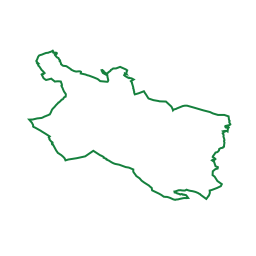 Åmli nor, Aust-Agder, Norway (Natural Earth projection), rotated 191°
{"feature_id": "86288312B47311775566626", "entity_name": "Åmli nor", "entity_type": "district", "adm_level": 2, "iso_a3": "NOR", "parent_name": "Norway", "parent_adm1": "Aust-Agder", "projection": "natural_earth1", "projection_center": [8.405, 58.8], "detail": "fine", "context": "isolated", "style": "outline", "palette": "green", "viewbox_px": 256, "rotation_deg": 191, "n_neighbors": 0, "source": "geoboundaries", "source_scale": "gbopen_adm2", "svg_char_len": 5737}
<svg xmlns="http://www.w3.org/2000/svg" viewBox="0 0 256 256"><g transform="rotate(191 128 128)"><path d="M230.8,176.3L230.4,175.8L230.1,175.7L229.5,175.0L228.4,174.3L229.3,174.0L228.3,173.1L228.1,172.5L227.8,172.0L227.1,171.7L226.2,170.9L223.9,168.5L222.6,167.7L221.0,166.5L220.5,166.1L221.3,165.6L221.1,165.1L221.4,164.8L221.7,164.6L222.5,164.6L223.0,164.1L220.8,161.3L220.5,160.9L219.3,160.2L217.6,159.5L215.6,160.4L212.7,161.8L211.4,161.0L210.7,160.7L208.6,159.6L207.9,159.9L205.7,160.5L203.3,160.8L202.8,160.8L202.6,160.4L202.5,160.2L201.3,158.3L201.3,158.1L201.0,157.4L201.4,156.7L201.0,156.3L200.9,156.0L199.6,154.4L199.4,153.9L197.8,151.6L195.6,149.5L195.4,149.0L195.2,146.9L195.6,146.7L196.8,145.6L197.1,144.4L197.3,144.1L197.8,143.5L198.5,143.2L199.7,141.2L200.1,140.8L200.6,140.0L201.2,139.7L201.5,139.0L203.1,136.6L204.0,134.9L205.7,132.3L206.2,131.1L206.7,128.6L207.4,126.4L208.4,125.8L208.8,125.4L210.3,124.5L211.1,123.9L212.2,123.3L213.1,122.5L214.7,121.4L217.9,120.4L218.9,120.1L223.3,118.1L226.6,117.4L223.3,114.8L221.8,112.9L221.6,112.4L221.4,111.3L220.9,111.0L219.4,110.7L213.0,108.6L212.4,108.3L207.8,106.6L203.3,104.8L203.9,104.1L204.0,103.6L203.1,102.8L203.1,102.1L202.7,101.6L202.0,101.0L200.4,99.8L199.8,99.7L199.3,99.4L199.1,98.8L199.7,98.3L199.4,97.5L198.8,97.2L198.2,97.1L194.2,92.2L192.9,91.0L192.2,90.2L191.0,89.8L190.5,89.5L188.4,88.7L186.0,87.3L184.4,86.1L183.2,84.3L180.5,85.7L172.5,88.6L164.6,92.0L157.7,99.0L150.0,95.9L148.8,95.7L146.7,95.0L146.4,94.9L146.1,94.5L146.1,94.1L145.4,94.0L145.1,94.0L144.3,93.7L143.3,93.6L143.1,93.4L143.2,93.0L143.1,92.9L140.7,92.4L137.6,91.2L135.6,90.6L133.7,90.3L129.6,90.3L122.8,89.2L120.0,89.3L119.1,89.2L114.9,88.3L114.9,87.8L114.6,86.9L114.5,86.5L114.5,86.2L114.3,85.9L113.6,85.2L111.4,83.2L110.8,82.5L108.8,81.6L107.0,80.8L104.6,78.9L101.6,77.5L96.2,75.4L95.8,75.0L93.3,73.7L92.5,71.5L92.4,71.4L85.1,69.5L82.4,68.6L79.8,67.4L77.5,67.6L76.8,67.8L75.2,67.7L73.2,67.4L69.9,66.6L67.9,66.5L67.3,66.9L65.2,67.5L63.6,68.3L60.3,69.7L58.9,70.1L57.4,70.3L55.6,70.8L58.1,73.1L58.8,73.2L59.4,73.1L59.8,73.3L60.2,73.2L61.0,73.0L61.3,73.0L61.4,73.3L62.7,73.4L63.0,73.3L63.6,72.8L64.3,72.7L64.5,72.8L64.4,72.9L64.5,73.0L65.5,73.0L66.5,73.2L67.1,73.1L67.3,73.3L68.9,73.6L69.4,73.7L69.9,73.6L70.3,74.5L69.4,74.8L66.5,76.5L64.5,77.0L63.2,77.0L61.0,77.3L60.2,77.5L59.6,77.9L58.8,78.6L56.8,78.3L55.2,78.2L52.6,78.3L50.7,78.2L49.4,78.1L46.6,77.5L45.5,77.0L44.5,76.8L44.0,76.3L37.6,73.3L36.5,75.6L36.3,76.3L35.7,77.0L35.3,79.6L35.3,80.1L35.9,82.2L34.2,83.0L31.6,84.6L28.9,86.3L28.4,86.7L25.8,88.6L25.2,90.8L30.1,93.0L33.7,96.8L36.0,97.9L36.5,101.7L34.4,104.3L32.3,105.3L32.3,106.7L34.8,107.2L37.1,111.3L39.4,112.3L38.7,113.0L37.8,113.1L37.0,113.2L36.3,114.2L37.3,114.9L39.3,115.7L39.3,116.2L39.2,116.5L37.9,119.3L37.4,120.6L35.7,121.4L35.0,122.3L34.4,123.4L34.5,124.7L33.2,125.9L31.2,126.7L30.8,127.7L30.2,128.0L30.4,129.4L30.5,130.9L30.5,132.0L30.8,132.5L31.3,133.5L31.0,134.4L31.6,135.9L32.7,137.8L32.7,138.8L32.8,139.4L33.9,140.7L33.5,140.9L33.6,141.5L33.4,141.7L33.4,142.2L33.1,142.4L33.7,142.5L33.8,142.7L33.8,142.9L34.0,143.0L33.6,143.2L32.8,143.2L32.6,143.5L32.4,143.6L31.2,143.8L30.9,143.9L30.3,143.9L29.6,143.6L29.8,146.7L29.0,146.7L29.2,146.8L29.3,147.2L29.3,147.6L29.2,147.7L29.5,148.0L29.7,147.9L30.0,147.5L30.4,147.3L30.9,147.3L31.4,147.1L31.9,147.1L32.3,147.3L32.4,147.5L32.7,147.8L32.9,148.3L32.8,148.5L32.7,148.6L28.9,150.3L28.2,151.0L28.3,151.3L29.3,152.4L29.8,153.2L29.6,153.8L29.6,154.4L30.2,155.0L30.5,155.5L31.5,158.6L36.0,159.2L42.2,158.0L47.4,158.5L50.5,159.3L57.5,159.7L67.1,160.6L74.4,161.2L76.4,160.8L78.4,160.0L83.5,156.7L84.5,155.9L86.4,155.0L86.7,154.7L87.2,153.9L87.9,155.2L89.1,156.8L89.5,157.3L95.8,161.2L102.1,160.2L103.4,160.3L108.4,160.2L113.5,160.9L114.4,161.8L116.9,164.5L117.1,164.7L117.8,165.3L119.4,167.1L124.2,164.1L127.7,162.3L128.2,163.0L128.8,164.2L128.8,164.7L129.4,165.8L129.7,166.5L129.7,166.9L130.5,168.0L130.4,168.2L130.4,168.3L130.9,169.5L132.1,171.7L132.1,171.9L132.6,172.5L132.8,173.4L134.1,174.5L131.7,176.7L133.9,177.4L135.9,177.4L136.4,177.2L136.7,177.6L137.4,177.4L138.1,177.5L138.4,177.6L138.8,177.9L139.8,178.1L140.5,178.5L140.8,178.5L141.8,179.1L141.7,179.3L141.7,179.8L141.4,180.2L141.3,180.3L141.3,180.5L141.4,180.9L140.7,180.7L139.7,180.6L139.9,180.8L139.9,181.1L140.1,181.4L140.1,181.9L140.0,182.2L140.1,182.8L140.1,183.0L139.9,183.5L140.1,184.1L139.9,184.5L141.3,185.1L147.4,186.5L151.1,184.2L153.9,183.6L154.0,183.4L154.5,183.0L155.2,182.2L155.8,181.8L156.1,181.0L156.2,180.7L158.0,178.8L158.3,178.2L158.8,177.4L159.0,177.3L159.4,177.3L160.7,177.9L161.3,178.0L161.8,178.2L162.6,178.9L162.9,179.2L163.0,179.4L163.4,179.5L163.9,179.8L164.2,179.9L164.3,180.0L165.0,179.7L164.9,179.5L164.8,179.3L164.6,179.3L163.8,178.9L163.9,178.4L164.0,178.3L163.4,177.5L163.1,177.2L159.3,176.0L158.3,175.8L158.2,175.1L158.0,174.7L157.8,174.0L157.2,172.8L157.0,172.2L156.5,171.3L156.5,170.7L156.7,169.8L156.8,169.6L157.0,169.5L157.2,169.4L164.2,168.7L166.2,169.8L167.2,170.3L171.1,171.1L176.5,172.0L177.9,172.0L179.9,172.4L184.8,172.5L184.8,173.7L184.9,174.2L185.4,174.4L186.1,174.4L187.3,174.2L189.7,173.5L191.8,173.6L194.1,174.2L194.7,174.3L195.2,174.8L200.2,176.9L201.3,176.9L203.4,176.7L204.2,176.9L205.3,177.6L205.7,177.7L205.9,177.9L206.1,178.6L207.0,180.0L207.9,180.7L207.6,181.4L207.7,181.5L208.9,182.4L209.5,183.3L209.9,183.5L210.7,183.6L211.5,184.0L213.7,185.8L213.8,186.0L212.4,186.7L212.4,187.0L212.2,187.5L212.4,187.6L212.4,188.1L212.8,188.2L213.3,188.2L215.5,187.6L215.9,187.8L216.0,188.0L216.0,188.6L216.0,188.9L216.6,189.5L217.0,189.1L218.6,187.9L219.5,187.5L220.6,186.7L222.8,186.0L224.6,184.9L226.7,183.5L227.8,183.0L229.1,182.2L229.8,180.7L230.3,177.8L230.8,176.3Z" fill="none" stroke="#15803d" stroke-width="2"/></g></svg>